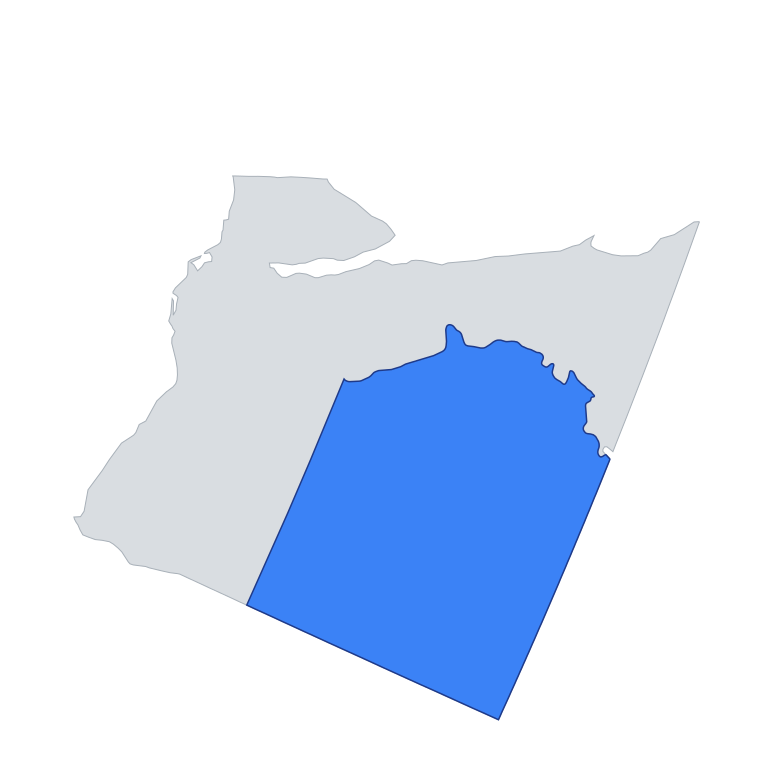 Egypt, with Al Wadi at Jadid highlighted, rotated 292°
{"feature_id": "EGY-1550", "entity_name": "Al Wadi at Jadid", "entity_type": "Governorate", "adm_level": 1, "iso_a3": "EGY", "parent_name": "Egypt", "parent_adm1": "", "projection": "orthographic", "projection_center": [30.896, 24.831], "detail": "fine", "context": "in_parent", "style": "filled", "palette": "blue", "viewbox_px": 768, "rotation_deg": 292, "n_neighbors": 0, "source": "natural_earth", "source_scale": "10m", "svg_char_len": 7253}
<svg xmlns="http://www.w3.org/2000/svg" viewBox="0 0 768 768"><g transform="rotate(292 384 384)"><path d="M652.4,615.7L637.7,616.3L622.9,616.9L608.1,617.5L593.3,618.0L578.5,618.5L563.7,618.9L548.9,619.4L534.1,619.8L519.3,620.1L504.5,620.4L489.6,620.7L474.8,620.9L460.0,621.1L445.2,621.3L430.3,621.4L415.5,621.5L407.0,621.6L408.4,617.3L409.3,614.2L408.3,612.0L405.4,611.5L403.5,612.2L399.2,621.3L396.8,621.7L391.6,621.7L374.3,621.7L357.0,621.6L339.7,621.5L322.4,621.4L305.2,621.2L287.9,620.9L270.6,620.6L253.4,620.3L236.1,619.9L218.9,619.5L201.6,619.0L184.4,618.5L167.2,617.9L150.0,617.2L132.8,616.6L115.6,615.8L116.0,604.9L116.4,594.0L116.9,583.0L117.3,572.1L117.7,561.2L118.2,550.2L118.6,539.3L119.1,528.3L119.5,517.4L120.0,506.5L120.5,495.5L120.9,484.6L121.4,473.6L121.9,462.7L122.4,451.7L122.9,440.8L123.4,429.8L123.8,418.9L124.3,408.0L124.8,397.0L125.4,386.1L125.9,375.2L126.4,364.2L126.9,353.3L127.4,342.4L127.9,331.4L128.5,320.5L129.0,309.6L129.5,298.7L130.1,287.7L130.6,276.8L131.2,265.9L130.9,263.9L128.9,256.4L127.3,246.8L125.6,235.2L125.5,231.4L122.3,219.3L122.1,215.9L123.2,213.6L130.1,203.8L132.2,199.0L134.1,193.2L134.9,188.5L133.5,181.2L131.6,174.6L131.3,167.8L131.3,161.3L134.8,156.9L138.8,152.9L140.4,150.4L142.8,147.6L144.5,146.3L147.3,152.3L153.7,153.6L175.1,149.2L198.3,155.2L211.1,157.7L230.8,162.7L242.7,171.0L246.0,172.1L254.8,172.2L260.4,177.0L283.2,179.7L295.3,185.2L302.1,189.4L306.3,190.8L310.0,190.6L315.0,189.1L321.3,186.3L328.1,182.2L342.4,171.9L347.4,170.1L350.6,170.6L354.6,170.5L356.3,167.6L358.3,165.7L359.7,163.5L361.8,160.8L369.1,160.1L383.8,155.6L382.2,157.7L368.8,162.8L374.5,163.5L380.4,161.7L387.1,160.6L388.3,158.5L389.1,154.4L390.4,153.8L395.0,154.6L408.8,160.8L412.2,160.9L421.9,157.4L423.9,156.7L427.1,158.6L434.3,166.3L431.8,166.1L424.1,159.5L423.4,162.9L419.1,168.8L424.6,171.3L429.1,172.2L431.5,175.4L433.0,178.3L437.4,177.0L440.5,173.0L438.8,170.8L437.7,168.6L439.1,168.5L442.2,170.3L451.0,177.8L454.0,179.3L457.4,179.0L464.4,176.8L466.4,177.1L475.9,174.1L477.0,176.2L478.6,178.2L486.3,175.8L498.3,175.6L508.1,172.9L519.3,166.7L520.2,165.8L520.8,167.2L522.3,171.2L526.1,181.5L529.4,189.5L533.5,200.7L534.8,204.9L535.4,207.9L541.2,220.1L544.7,230.2L547.4,238.4L551.1,250.3L552.7,254.5L550.4,256.8L545.9,264.8L541.7,289.8L535.0,309.5L534.5,321.7L533.4,326.2L530.1,332.5L526.1,338.6L518.4,335.7L505.9,325.3L498.5,315.3L490.8,308.9L483.4,300.4L481.3,294.2L481.3,290.2L478.0,280.5L475.6,275.9L466.6,265.7L464.1,260.2L462.1,257.8L460.1,254.3L456.8,240.9L453.2,232.4L449.3,234.8L450.1,238.4L446.7,243.4L444.7,249.2L446.4,253.9L453.6,261.0L455.1,264.1L456.8,270.9L456.7,280.1L457.9,283.2L463.4,290.0L465.4,294.1L466.6,297.6L468.4,300.7L473.9,306.6L481.8,317.9L489.2,325.5L494.6,329.1L496.9,332.7L497.6,342.3L497.3,346.9L502.2,355.4L504.0,359.7L508.6,363.2L510.7,367.2L512.8,373.8L516.1,393.2L520.2,397.9L533.1,423.3L543.8,439.3L549.2,451.3L557.3,465.8L573.3,497.7L582.6,507.5L586.4,513.0L593.0,517.1L600.3,523.1L593.5,522.7L591.9,523.1L589.5,524.3L588.5,528.1L588.1,531.2L589.5,547.6L591.6,555.9L598.1,571.5L602.7,576.1L605.0,579.1L608.1,581.2L622.5,586.1L631.2,597.2L650.4,610.8L652.3,614.8L652.4,615.7Z" fill="#d9dde1" stroke="#a8b0b8" stroke-width="1"/><path d="M126.2,369.7L126.4,365.3L127.1,348.9L127.5,341.5L127.6,339.6L128.4,339.6L228.5,343.1L285.8,344.3L373.7,345.1L373.2,346.1L372.9,346.7L372.8,348.6L372.9,349.9L373.4,351.5L377.4,360.1L378.1,361.2L378.8,362.0L384.5,367.4L386.6,368.7L390.7,370.3L391.4,370.8L392.2,371.5L394.2,373.7L394.7,374.5L400.2,385.5L406.3,393.0L410.5,396.5L428.9,419.4L435.9,425.9L436.4,426.2L437.1,426.7L438.2,427.2L438.8,427.4L439.7,427.5L440.9,427.6L443.0,427.2L446.9,426.0L456.9,421.2L458.1,420.8L460.1,420.6L460.9,420.6L461.5,420.7L462.0,420.9L462.4,421.2L462.9,421.6L463.3,422.1L463.5,422.6L463.7,423.1L463.9,424.1L463.9,425.1L463.8,425.8L463.7,426.3L463.3,427.3L461.5,430.5L461.2,431.0L461.1,431.6L460.8,433.9L460.5,435.0L460.3,435.5L460.0,436.0L459.7,436.5L458.9,437.4L452.9,442.3L451.6,443.7L451.0,444.6L450.8,445.1L450.7,445.6L450.7,446.7L450.7,447.4L452.3,453.3L453.6,460.3L454.3,462.0L454.7,462.8L455.1,463.4L456.0,464.4L460.3,467.5L463.9,469.6L465.4,470.8L466.4,471.8L467.2,472.9L467.7,474.0L468.4,475.8L468.9,480.8L469.1,481.5L469.4,482.3L471.4,486.3L472.3,488.9L472.6,490.7L472.7,490.9L472.8,491.6L472.4,493.5L470.8,497.4L470.6,499.4L470.7,499.5L470.7,500.2L470.6,501.2L470.5,503.9L470.9,507.3L470.9,507.9L470.7,510.3L470.7,511.4L470.6,512.0L470.5,513.6L470.6,514.2L471.2,516.2L471.2,517.1L470.8,518.9L470.7,519.4L470.3,519.8L470.2,520.2L469.8,520.7L469.3,521.1L468.8,521.5L468.3,521.7L467.8,521.9L466.7,522.1L463.8,522.0L462.8,522.2L462.2,522.4L461.8,522.6L461.4,523.0L461.2,523.3L461.0,523.5L460.8,524.1L460.5,525.6L460.3,527.0L460.4,527.8L460.7,528.5L461.1,529.0L461.6,529.4L463.6,530.5L464.6,531.0L465.1,531.4L465.6,531.9L466.0,532.8L466.0,533.4L465.7,533.9L465.2,534.3L464.6,534.5L459.2,535.3L458.0,535.6L457.5,535.8L457.0,536.1L456.5,536.5L455.5,537.4L454.7,538.4L453.6,540.0L453.4,540.5L452.8,542.7L452.3,546.4L451.9,547.7L451.6,548.5L451.4,549.2L451.1,550.4L451.3,551.2L451.7,551.7L452.1,552.0L452.7,552.2L454.5,552.5L459.0,552.6L465.0,551.6L465.5,551.7L466.0,551.9L466.3,552.8L466.4,553.6L466.2,554.5L465.9,555.1L465.6,555.8L461.7,560.1L460.5,561.7L458.4,566.6L457.1,571.0L456.7,571.9L456.6,572.2L456.2,572.7L455.7,573.7L455.3,575.0L454.8,577.8L454.4,579.1L453.9,580.0L453.5,580.5L453.2,581.0L452.3,582.9L451.9,583.4L451.4,583.6L451.0,583.5L450.6,583.1L450.0,582.1L449.6,581.7L449.1,581.4L448.6,581.3L448.1,581.3L446.9,581.6L446.2,581.6L445.6,581.5L445.1,581.2L443.0,579.5L442.1,578.9L441.5,578.7L441.0,578.7L440.4,578.7L439.1,579.1L424.9,586.1L424.4,586.1L423.9,586.1L420.0,585.1L419.0,585.1L418.4,585.1L417.9,585.3L417.2,585.5L416.6,585.8L416.0,586.3L415.4,587.0L414.6,588.3L414.2,589.0L414.1,589.8L414.1,590.3L414.2,591.3L415.0,594.2L415.3,596.8L415.3,597.2L414.9,598.7L414.7,599.5L414.3,600.3L411.1,604.3L409.5,605.6L408.8,606.0L407.7,606.5L406.6,606.9L405.5,607.1L403.3,607.2L402.1,607.4L401.0,607.7L399.9,608.3L399.3,608.8L398.7,609.4L398.0,610.4L397.7,611.2L397.5,611.8L397.6,612.3L397.9,612.9L398.3,613.3L398.7,613.8L400.7,615.2L401.2,615.7L401.5,616.3L401.4,616.7L399.2,621.3L398.6,621.7L396.9,621.7L392.5,621.7L388.1,621.7L383.7,621.7L379.3,621.7L374.9,621.7L370.5,621.7L366.0,621.7L361.7,621.7L357.3,621.6L352.8,621.6L348.4,621.6L344.0,621.6L339.6,621.5L335.2,621.5L330.8,621.5L326.4,621.4L322.0,621.4L317.6,621.3L313.2,621.3L308.8,621.2L304.4,621.2L300.0,621.1L295.6,621.1L291.2,621.0L286.8,620.9L282.4,620.9L278.0,620.8L273.6,620.7L269.2,620.6L264.9,620.6L260.4,620.5L256.1,620.4L251.7,620.3L247.3,620.2L242.9,620.1L238.5,620.0L234.1,619.9L229.7,619.8L225.3,619.7L220.9,619.6L216.5,619.4L212.1,619.3L207.7,619.2L203.3,619.1L198.9,618.9L194.5,618.8L190.2,618.7L185.8,618.5L181.4,618.4L177.0,618.2L172.6,618.1L168.2,617.9L163.8,617.8L159.4,617.6L155.1,617.5L150.7,617.3L146.3,617.1L141.9,617.0L137.5,616.8L133.1,616.6L128.8,616.4L124.4,616.2L120.0,616.1L115.6,615.9L116.2,601.7L116.7,587.4L117.3,573.2L117.9,559.0L118.5,544.8L119.0,530.6L119.6,516.4L120.2,502.1L120.8,487.9L121.5,473.7L122.1,459.5L122.7,445.3L123.3,431.0L124.0,416.8L124.6,402.6L125.3,388.4L125.7,378.9L126.2,369.7Z" fill="#3b82f6" stroke="#1e3a8a" stroke-width="1.5"/></g></svg>